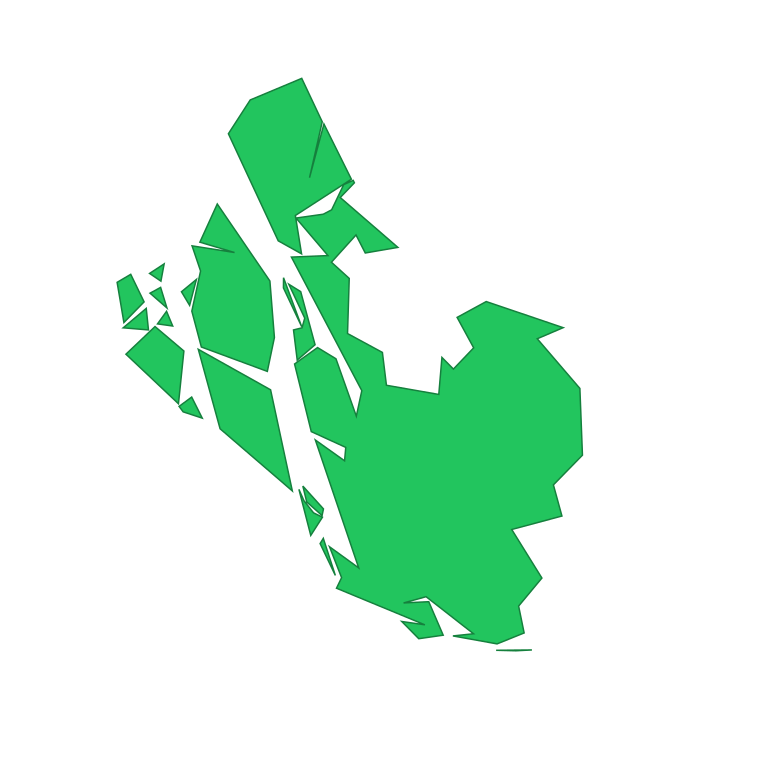 Patuakhali, Barisal, Bangladesh, rotated 128°
{"feature_id": "16705992B49808088196813", "entity_name": "Patuakhali", "entity_type": "district", "adm_level": 2, "iso_a3": "BGD", "parent_name": "Bangladesh", "parent_adm1": "Barisal", "projection": "orthographic", "projection_center": [90.354, 22.181], "detail": "medium", "context": "isolated", "style": "filled", "palette": "green", "viewbox_px": 768, "rotation_deg": 128, "n_neighbors": 0, "source": "geoboundaries", "source_scale": "gbopen_adm2", "svg_char_len": 1988}
<svg xmlns="http://www.w3.org/2000/svg" viewBox="0 0 768 768"><g transform="rotate(128 384 384)"><path d="M243.7,531.2L242.5,533.6L251.7,538.5L279.0,532.5L287.6,536.4L307.4,555.5L317.3,507.2L341.0,535.1L402.9,397.4L426.4,386.0L393.7,437.4L396.2,458.8L423.3,466.8L466.3,412.0L457.5,375.1L468.8,367.8L470.4,403.6L544.5,290.7L545.8,326.7L562.7,298.2L574.2,295.7L548.6,203.5L560.2,223.8L563.3,199.8L545.5,182.7L528.0,214.7L544.5,233.8L525.7,219.9L525.7,159.7L540.1,174.6L519.2,134.9L493.9,120.3L476.1,141.2L439.7,140.1L420.0,193.8L378.5,162.5L359.2,188.4L317.9,183.8L266.9,226.9L254.0,291.1L229.3,277.5L256.1,354.2L286.5,367.4L300.3,335.6L329.5,338.5L327.4,354.7L358.5,334.4L383.5,381.3L360.1,404.7L366.7,443.8L322.2,476.4L320.4,500.4L283.8,497.8L292.3,479.4L267.8,457.2L264.0,533.3L243.7,531.2ZM336.3,555.5L332.2,529.1L305.8,557.6L242.7,535.8L216.1,591.4L267.3,569.7L215.4,594.1L193.8,637.0L242.5,664.3L282.6,660.7L336.3,555.5ZM467.3,550.7L445.9,483.7L414.8,499.0L373.1,537.3L344.8,626.2L385.6,616.4L372.4,582.7L393.3,620.3L407.9,598.1L444.9,580.3L467.3,550.7ZM524.7,390.4L458.4,469.8L471.0,551.7L520.2,485.6L524.7,390.4ZM526.1,533.8L481.2,562.0L479.7,599.8L519.4,605.7L526.1,533.8ZM495.7,626.8L467.0,623.6L453.5,651.1L468.2,656.9L495.7,626.8ZM397.1,488.6L418.6,467.1L395.5,462.5L362.5,506.5L364.0,520.4L380.9,487.0L390.2,483.2L397.1,488.6ZM548.4,348.5L526.9,350.5L528.9,360.2L525.3,375.1L519.4,386.2L548.4,348.5ZM500.3,624.1L486.4,602.9L470.8,617.9L500.3,624.1ZM370.2,522.4L389.5,484.2L362.1,528.6L370.2,522.4ZM417.1,596.2L436.0,600.4L441.7,585.6L417.1,596.2ZM522.8,506.2L512.7,527.5L527.8,531.7L529.6,525.1L522.8,506.2ZM524.8,131.7L513.0,115.8L502.5,103.7L524.8,131.7ZM424.7,631.2L441.2,636.8L440.3,623.1L424.7,631.2ZM460.6,600.1L476.1,599.5L468.4,586.2L460.6,600.1ZM445.4,619.5L456.5,624.3L457.7,601.9L445.4,619.5ZM549.1,336.1L564.8,304.5L543.0,336.8L549.1,336.1ZM514.4,385.1L524.5,372.3L525.8,351.8L519.7,354.8L514.4,385.1Z" fill="#22c55e" stroke="#15803d" stroke-width="1.5"/></g></svg>